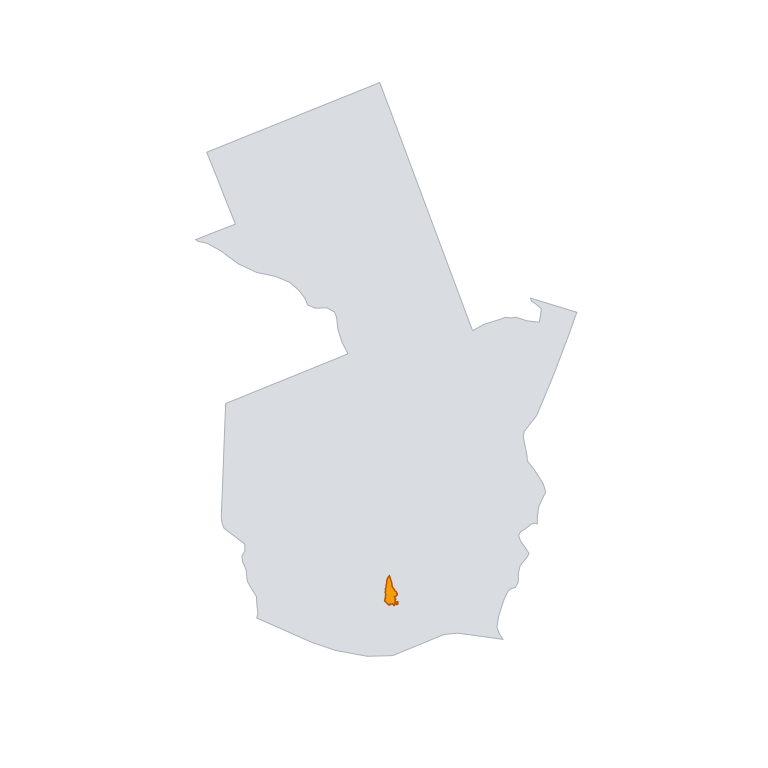 location of Siquinalá, Escuintla, Guatemala, rotated 338°
{"feature_id": "79465075B25163774414820", "entity_name": "Siquinalá", "entity_type": "district", "adm_level": 2, "iso_a3": "GTM", "parent_name": "Guatemala", "parent_adm1": "Escuintla", "projection": "equal_earth", "projection_center": [-90.935, 14.363], "detail": "fine", "context": "in_parent", "style": "filled", "palette": "amber", "viewbox_px": 768, "rotation_deg": 338, "n_neighbors": 0, "source": "geoboundaries", "source_scale": "gbopen_adm2", "svg_char_len": 3845}
<svg xmlns="http://www.w3.org/2000/svg" viewBox="0 0 768 768"><g transform="rotate(338 384 384)"><path d="M178.3,553.3L181.0,549.8L183.3,541.6L186.1,533.2L184.4,523.5L183.4,515.6L186.6,504.1L186.3,495.5L187.8,490.2L192.4,486.8L194.9,480.2L181.6,457.6L181.7,452.5L183.4,446.1L194.3,422.0L207.1,393.4L221.3,361.8L229.9,342.8L260.9,342.7L281.4,342.7L307.5,342.7L335.8,342.6L354.4,342.6L362.0,342.4L360.7,330.1L361.7,316.4L365.1,304.0L365.1,298.6L359.5,291.9L348.8,288.0L342.8,282.1L342.8,274.6L340.2,265.5L335.0,254.9L324.2,244.0L307.8,232.9L293.9,218.0L282.5,199.3L272.7,187.3L265.3,182.3L263.5,179.6L285.4,179.8L306.1,180.1L306.2,153.3L306.4,129.5L306.5,102.7L344.0,102.7L388.7,102.8L435.1,102.8L471.6,102.9L493.0,102.9L492.2,136.2L491.2,174.7L490.4,203.1L489.4,241.0L488.4,279.8L487.0,332.7L486.1,367.0L486.6,367.8L498.8,366.1L516.9,367.6L521.3,367.5L526.9,370.5L531.2,371.4L540.4,379.1L551.2,384.9L558.1,373.2L554.4,366.1L551.7,362.4L552.1,359.3L589.7,389.8L585.3,394.5L575.8,405.4L558.6,424.0L543.1,440.7L528.2,455.8L514.8,469.4L513.2,470.7L496.2,480.5L493.4,484.9L489.7,504.2L488.1,509.0L491.2,519.7L494.3,536.2L493.4,544.8L481.6,555.5L476.2,565.0L473.8,571.2L471.7,569.6L468.0,569.1L459.6,571.5L455.5,572.1L452.1,574.8L451.8,580.8L454.1,590.4L454.9,595.4L452.5,597.7L442.1,603.5L438.0,609.3L434.1,618.2L429.5,621.9L424.8,621.2L421.4,622.5L414.2,629.2L403.4,642.1L397.6,651.7L397.4,658.9L398.6,665.3L359.0,642.6L345.8,638.7L290.3,639.1L266.5,630.2L239.3,612.9L221.0,597.2L178.3,553.3Z" fill="#d9dde1" stroke="#a8b0b8" stroke-width="1"/><path d="M317.2,563.8L316.9,563.9L316.8,564.0L316.6,564.1L316.1,564.3L315.8,564.5L315.0,565.1L314.8,565.3L314.6,565.5L314.0,566.0L313.7,566.3L313.4,566.7L312.9,567.5L312.7,567.8L312.4,568.4L312.0,569.2L311.9,569.6L311.8,569.9L311.2,570.4L310.8,571.0L310.6,571.3L310.5,571.6L310.4,571.8L310.3,572.2L310.2,572.4L310.1,572.7L309.5,573.5L308.6,574.3L308.4,574.7L308.3,574.8L308.2,575.7L308.1,576.1L308.0,576.6L307.7,577.0L307.4,577.1L307.2,577.2L307.0,577.6L306.9,578.4L306.8,579.8L306.7,580.2L306.4,580.3L306.2,580.5L306.0,580.9L305.9,581.2L305.8,581.5L305.6,581.9L305.1,582.7L305.1,582.8L305.2,583.0L305.2,583.3L304.9,583.4L304.4,583.6L304.3,583.9L304.0,584.4L303.6,584.8L303.4,585.2L303.4,585.5L303.6,586.1L303.9,586.6L304.2,587.1L304.4,587.7L304.6,588.2L304.8,589.0L305.3,589.7L305.8,590.8L306.1,590.9L306.3,590.9L306.8,591.1L306.9,590.9L306.9,590.6L307.0,590.4L307.4,590.4L307.5,590.5L309.1,590.9L309.5,590.9L309.6,591.0L309.7,591.6L310.1,591.9L310.0,592.7L310.1,592.9L310.3,593.1L310.6,593.2L310.9,593.0L311.0,592.6L311.0,592.2L311.4,592.0L311.6,591.8L311.7,591.7L311.8,591.5L312.1,591.4L312.2,591.1L312.3,591.0L312.3,590.7L312.5,590.6L312.6,591.3L312.7,591.8L312.8,593.1L313.0,593.2L313.5,593.1L314.0,593.1L314.1,593.3L314.3,593.3L314.4,592.9L314.5,592.8L314.6,592.7L314.9,592.3L315.2,591.5L315.3,591.4L315.2,591.3L314.8,590.8L314.7,590.7L314.0,590.7L313.7,590.6L313.5,590.4L313.3,590.3L313.2,590.0L313.0,589.8L313.0,589.6L313.1,589.3L313.1,589.1L313.1,588.8L313.3,588.6L313.3,588.3L313.4,588.2L313.5,588.1L313.9,588.0L314.1,588.0L314.3,587.9L314.3,587.7L314.2,587.6L314.1,587.4L313.9,586.8L314.0,585.4L314.2,585.5L314.4,585.5L314.5,585.6L314.9,585.5L315.0,585.4L315.0,585.1L316.2,585.1L316.7,584.9L316.8,584.8L316.8,584.7L317.0,584.5L317.0,584.4L317.2,584.1L317.5,584.1L317.7,583.8L317.6,583.3L317.5,583.1L317.5,582.8L317.7,582.6L317.6,582.2L317.5,581.4L317.3,580.9L317.2,580.8L317.2,580.7L317.0,580.4L316.8,580.2L316.6,579.8L316.6,579.6L316.6,578.8L316.6,578.5L316.4,578.3L316.4,577.2L316.2,576.8L316.1,576.4L315.9,576.1L315.8,575.7L315.8,574.8L315.7,574.7L315.7,574.4L315.8,574.3L316.0,574.1L316.1,573.7L316.3,572.7L316.5,571.8L316.8,570.8L316.8,570.4L316.9,568.1L316.9,567.4L317.0,566.9L317.0,566.5L317.1,566.2L317.2,564.7L317.2,563.8Z" fill="#f59e0b" stroke="#b45309" stroke-width="1.5"/></g></svg>